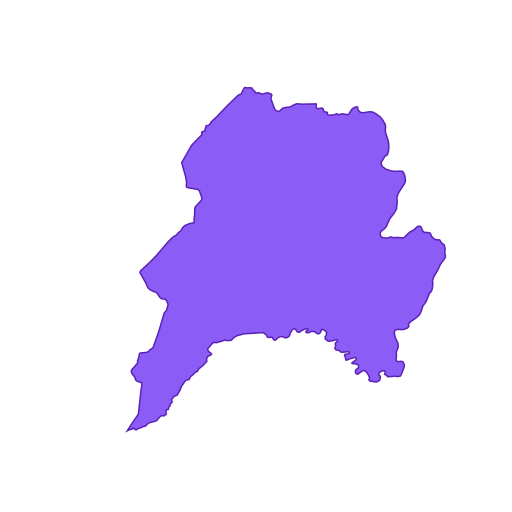 the district of Son Hoa, Phú Yên, Vietnam, rotated 250°
{"feature_id": "81297802B61701358015931", "entity_name": "Son Hoa", "entity_type": "district", "adm_level": 2, "iso_a3": "VNM", "parent_name": "Vietnam", "parent_adm1": "Phú Yên", "projection": "robinson", "projection_center": [108.871, 13.205], "detail": "fine", "context": "isolated", "style": "filled", "palette": "violet", "viewbox_px": 512, "rotation_deg": 250, "n_neighbors": 0, "source": "geoboundaries", "source_scale": "gbopen_adm2", "svg_char_len": 6130}
<svg xmlns="http://www.w3.org/2000/svg" viewBox="0 0 512 512"><g transform="rotate(250 256 256)"><path d="M135.8,75.3L136.0,76.9L135.8,80.2L136.2,81.6L135.4,82.1L134.5,83.3L133.7,83.6L133.5,84.1L134.0,85.4L134.1,86.5L134.0,89.6L134.3,91.0L134.0,93.5L134.2,94.7L134.8,95.5L135.5,97.4L135.7,98.6L135.7,100.6L135.3,103.4L135.2,106.1L137.6,110.3L138.2,112.3L138.0,113.3L137.2,114.8L138.1,117.7L141.9,118.5L141.9,121.3L143.7,122.2L144.7,124.1L145.6,124.3L146.5,125.4L147.5,127.4L150.0,127.4L151.0,129.4L152.1,130.8L152.2,134.3L155.3,137.8L155.9,139.0L157.1,139.0L157.6,140.3L159.4,141.7L160.9,144.2L162.2,145.7L163.2,147.9L163.2,149.2L162.7,150.7L165.3,153.7L165.6,155.3L167.2,158.4L167.7,161.5L169.4,163.4L171.2,168.6L173.9,173.8L176.1,174.3L178.1,176.1L178.3,178.9L178.8,180.6L179.6,180.6L182.6,178.8L184.4,178.6L185.4,178.8L186.1,180.4L188.0,183.4L189.2,186.6L189.4,187.0L188.1,188.8L187.6,196.6L187.9,197.6L186.6,199.3L185.3,203.4L185.5,204.4L186.9,207.2L187.6,210.8L187.0,217.9L181.5,236.7L180.2,237.3L178.6,238.7L175.9,238.9L174.8,240.8L174.6,241.6L174.7,242.5L174.2,243.4L173.5,243.7L171.5,243.9L170.6,244.5L170.3,245.0L170.4,245.9L171.6,248.1L171.9,251.5L170.9,253.7L169.2,255.3L168.7,256.9L169.0,258.9L169.7,260.2L171.7,261.8L174.1,264.6L174.7,266.6L173.8,268.0L170.8,268.7L169.6,270.0L169.6,271.0L170.3,273.4L170.6,276.8L170.4,278.3L170.0,279.4L169.6,279.7L169.0,279.5L167.8,276.9L166.9,277.1L165.9,278.8L166.2,281.9L165.8,283.4L164.7,285.3L162.8,286.4L161.6,287.7L161.4,288.5L161.7,289.7L162.5,290.8L164.3,292.3L164.5,292.9L164.3,293.5L162.0,295.5L160.3,296.2L157.6,295.1L156.6,293.5L154.7,292.8L154.0,292.8L153.2,293.5L152.0,294.0L150.8,295.6L150.6,297.4L150.1,299.1L150.0,302.7L149.7,303.4L149.1,303.8L148.2,303.5L147.1,301.1L146.5,300.4L144.6,300.2L142.4,298.6L140.9,298.7L139.4,300.7L138.7,302.0L137.1,302.6L136.1,303.9L134.7,309.4L134.2,310.5L133.7,310.9L133.1,310.7L132.3,309.2L133.2,306.6L132.9,305.5L132.1,305.2L129.7,305.3L127.6,304.8L127.1,305.7L127.3,308.6L126.9,313.9L126.7,314.6L126.2,315.0L125.0,315.0L124.1,314.2L123.2,310.9L122.5,309.4L122.0,309.8L119.6,314.2L118.8,314.9L117.3,314.7L116.1,314.0L115.5,313.2L115.1,311.2L113.9,310.0L112.4,309.6L110.8,310.1L110.1,311.6L110.7,313.1L111.7,317.2L111.4,318.5L109.2,320.0L106.8,320.7L104.6,321.0L102.5,321.1L101.2,319.8L100.7,319.7L99.0,320.8L98.8,322.0L98.0,322.9L96.9,325.0L96.5,326.2L96.4,327.1L96.9,329.6L97.6,330.3L99.3,331.4L101.0,331.5L102.4,330.9L103.5,331.2L104.2,331.9L104.7,333.3L104.8,335.5L104.4,337.4L104.1,337.7L102.6,337.8L101.2,336.6L100.7,336.4L98.8,338.4L97.7,338.2L96.7,341.0L95.6,345.4L94.3,347.6L93.8,350.5L95.0,352.0L99.4,355.9L101.2,357.3L102.8,358.1L104.6,358.2L106.3,357.8L107.4,356.4L108.1,353.7L108.5,352.8L109.3,352.2L110.7,352.2L115.3,354.3L117.7,354.9L121.2,358.1L123.4,359.1L126.4,359.6L127.4,359.3L131.8,359.0L136.0,359.6L137.6,360.1L138.2,360.6L138.5,361.5L138.7,362.4L138.7,363.7L136.7,368.6L136.4,369.9L136.5,373.6L137.4,375.4L138.1,375.7L139.8,375.9L140.5,376.9L141.5,379.3L143.0,385.0L144.9,389.7L147.7,392.4L151.9,395.7L155.0,400.3L161.9,406.5L162.3,407.9L163.2,409.1L165.2,410.6L168.8,412.4L172.6,413.5L175.5,415.8L180.8,422.3L185.0,426.3L189.5,433.0L190.7,433.8L191.9,434.2L193.4,434.2L195.7,435.0L198.1,436.2L202.1,436.7L203.8,435.5L205.8,434.6L208.3,434.1L209.5,431.3L210.5,429.9L211.8,428.9L214.4,427.7L217.4,427.6L218.3,427.2L219.4,425.3L220.6,422.4L221.4,421.7L222.9,421.2L226.8,421.0L227.7,420.4L228.3,419.4L228.4,417.5L226.5,413.2L226.1,409.7L225.6,408.0L222.9,402.0L222.7,401.0L223.4,398.7L225.1,395.3L226.1,391.5L227.9,389.1L227.9,385.5L228.3,384.4L230.0,381.2L231.7,380.0L233.8,380.1L235.3,380.9L236.4,381.9L237.9,386.6L239.3,388.7L245.1,394.3L249.0,400.4L252.1,404.1L255.7,405.7L257.5,406.8L263.2,408.6L266.6,411.5L273.3,420.4L275.4,422.1L279.2,423.1L281.8,423.3L283.9,423.2L285.6,422.5L286.2,421.2L287.7,416.5L288.8,413.8L290.4,411.2L292.9,408.0L296.6,405.4L298.9,405.2L300.1,405.2L301.3,405.8L304.2,409.6L305.8,411.2L305.8,413.1L306.4,414.3L307.2,414.9L309.5,416.5L313.6,418.4L316.3,419.1L319.1,419.6L326.5,419.9L329.9,420.4L332.8,421.9L336.2,422.5L336.6,422.1L339.8,421.8L344.2,420.3L349.0,417.1L351.6,414.5L352.3,413.0L352.7,412.0L354.0,405.6L355.2,403.3L357.5,402.1L359.5,402.0L361.3,402.4L362.0,400.3L361.6,397.6L361.1,396.2L357.5,391.6L357.4,390.6L360.0,386.0L360.8,381.4L362.1,380.6L362.0,377.2L363.6,372.1L364.7,371.4L366.5,372.2L367.1,371.5L367.9,369.8L369.1,369.4L371.8,369.3L372.2,368.9L372.7,367.8L373.0,365.6L373.6,364.2L374.7,363.4L376.0,363.5L377.6,364.5L378.1,364.7L378.4,364.5L383.0,351.0L385.1,346.4L385.1,343.6L384.5,339.6L384.5,337.8L385.3,335.7L385.7,332.1L385.5,330.9L384.1,327.7L384.2,326.5L384.8,325.5L385.8,324.7L386.9,324.0L388.0,323.8L398.4,323.8L399.2,324.0L401.7,325.9L402.9,325.8L405.6,322.4L405.9,317.7L406.3,316.7L407.4,315.7L407.9,314.5L408.7,314.1L408.9,312.0L409.7,311.3L411.5,311.1L413.4,309.8L415.1,309.7L415.5,309.2L416.6,306.7L417.2,304.5L418.2,303.3L418.0,302.5L417.1,301.3L413.6,297.9L413.3,296.7L413.2,294.4L410.4,287.9L406.6,279.5L400.4,267.0L397.3,259.6L395.9,258.3L394.9,255.6L394.9,255.1L395.6,253.9L392.6,251.5L391.2,251.2L391.0,247.5L390.6,247.1L388.8,246.8L388.4,246.4L383.0,235.1L381.4,232.5L369.1,218.1L354.9,217.0L349.4,216.1L345.4,214.4L344.4,214.3L342.9,216.3L338.4,224.2L336.3,225.1L329.7,225.0L328.4,224.8L327.4,224.1L326.7,223.1L323.0,215.9L321.5,214.6L315.9,212.5L312.9,210.9L308.5,209.2L309.1,205.1L309.1,201.6L308.9,199.6L308.4,198.2L307.5,196.4L305.2,193.8L304.6,191.3L302.8,188.3L302.5,185.4L301.1,181.8L299.4,178.2L290.6,162.8L286.6,154.5L281.7,142.8L280.5,141.4L279.7,141.3L267.3,143.4L264.0,143.4L262.6,143.8L260.4,145.0L257.5,147.7L256.7,149.0L255.0,150.3L250.1,151.5L248.2,152.5L246.6,155.5L245.9,156.1L244.7,156.7L242.3,156.8L241.0,156.8L239.8,156.3L235.7,153.5L233.8,150.2L218.3,138.8L205.1,127.9L203.9,123.9L202.8,121.7L202.9,120.0L204.4,114.1L204.3,113.5L204.0,113.0L201.3,111.6L198.0,108.8L196.0,108.2L191.4,100.1L190.3,99.3L189.0,99.2L187.3,99.4L183.2,100.8L181.1,100.5L180.0,100.7L178.9,101.6L176.1,105.1L174.6,105.0L167.8,101.3L148.2,91.7L147.0,90.5L141.7,83.0L135.8,75.3Z" fill="#8b5cf6" stroke="#5b21b6" stroke-width="1.5"/></g></svg>